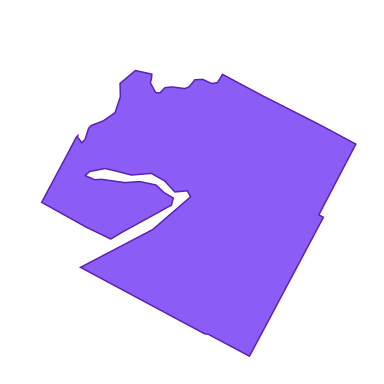 Mason, Washington, United States of America, rotated 208°
{"feature_id": "52423323B30851290743950", "entity_name": "Mason", "entity_type": "district", "adm_level": 2, "iso_a3": "USA", "parent_name": "United States of America", "parent_adm1": "Washington", "projection": "robinson", "projection_center": [-123.026, 47.345], "detail": "fine", "context": "isolated", "style": "filled", "palette": "violet", "viewbox_px": 384, "rotation_deg": 208, "n_neighbors": 0, "source": "geoboundaries", "source_scale": "gbopen_adm2", "svg_char_len": 905}
<svg xmlns="http://www.w3.org/2000/svg" viewBox="0 0 384 384"><g transform="rotate(208 192 192)"><path d="M255.1,73.1L114.5,72.7L110.9,74.0L64.2,74.0L64.1,113.5L64.1,231.3L69.3,231.4L69.8,311.2L113.5,311.3L174.2,310.1L220.4,310.2L220.4,307.5L220.9,300.5L225.6,297.0L235.3,296.5L242.1,292.5L243.9,283.6L246.8,280.0L258.9,275.4L264.8,271.5L266.9,264.4L270.8,262.7L279.9,268.8L281.3,273.8L282.8,277.2L299.0,272.7L306.5,254.1L300.0,242.5L297.2,226.0L303.7,213.2L312.2,203.4L313.2,199.7L311.1,188.2L312.4,183.8L318.6,186.6L319.3,188.1L319.9,185.7L319.8,165.4L319.9,112.3L269.5,111.3L241.7,112.3L235.3,122.9L204.0,170.8L205.7,177.9L216.6,178.4L227.0,181.3L242.9,176.7L255.8,168.7L277.9,160.7L283.5,157.2L294.0,156.3L292.0,162.0L279.8,171.9L269.9,174.6L253.5,178.5L236.7,189.3L221.5,189.0L207.2,184.0L196.7,190.8L191.0,187.1L209.0,140.5L255.1,73.1Z" fill="#8b5cf6" stroke="#5b21b6" stroke-width="1.5"/></g></svg>